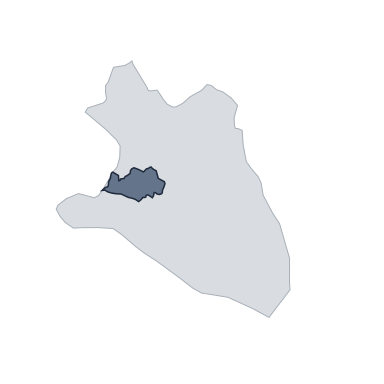 location of Kayanza within Burundi, rotated 306°
{"feature_id": "BDI-2640", "entity_name": "Kayanza", "entity_type": "Province", "adm_level": 1, "iso_a3": "BDI", "parent_name": "Burundi", "parent_adm1": "", "projection": "natural_earth1", "projection_center": [29.667, -2.994], "detail": "fine", "context": "in_parent", "style": "filled", "palette": "slate", "viewbox_px": 384, "rotation_deg": 306, "n_neighbors": 0, "source": "natural_earth", "source_scale": "10m", "svg_char_len": 1910}
<svg xmlns="http://www.w3.org/2000/svg" viewBox="0 0 384 384"><g transform="rotate(306 192 192)"><path d="M262.7,66.3L260.5,69.6L250.4,93.6L248.4,97.1L249.6,99.3L253.9,103.9L251.3,111.4L250.3,113.4L248.4,120.4L249.5,126.9L251.9,129.3L258.4,132.4L268.3,134.6L279.9,140.0L287.7,141.0L289.5,144.8L289.2,151.8L291.1,157.8L291.1,168.5L288.8,178.0L276.8,182.4L270.7,187.3L269.0,189.7L270.5,192.5L271.3,196.4L260.1,205.8L248.5,218.1L245.7,226.4L243.4,236.2L240.0,242.5L231.2,251.5L222.3,269.7L217.8,281.5L195.8,309.8L176.2,324.0L170.5,328.8L135.8,328.0L133.2,308.9L127.9,282.8L115.9,259.2L114.7,249.4L115.2,230.4L115.3,203.6L114.5,189.3L114.7,178.8L116.2,160.6L116.1,149.7L108.2,137.2L98.4,123.9L93.1,117.3L92.9,112.0L92.9,107.2L94.5,100.1L98.3,92.2L102.6,91.3L113.1,94.4L124.1,101.2L129.9,116.3L134.4,118.5L142.5,118.4L163.2,116.4L168.3,116.7L177.7,113.1L187.1,106.7L189.8,100.1L192.0,85.3L193.9,58.6L198.7,58.3L211.8,67.8L214.6,68.4L217.3,68.1L221.9,63.4L227.4,59.5L231.5,59.6L246.7,55.2L254.8,63.2L260.0,65.7L262.7,66.3Z" fill="#d9dde1" stroke="#a8b0b8" stroke-width="1"/><path d="M159.6,115.8L160.4,115.8L161.6,116.3L161.6,117.1L162.1,122.8L158.1,126.2L159.4,127.0L160.6,126.6L163.0,129.1L164.3,128.9L165.6,128.9L166.8,129.8L170.8,131.0L173.0,129.7L175.2,129.6L177.5,130.8L178.7,135.1L179.8,141.0L183.8,141.5L185.3,142.7L187.0,143.3L188.2,144.2L187.8,145.9L187.7,148.2L188.2,150.4L183.2,156.7L184.1,163.6L182.9,165.2L181.2,165.8L178.6,166.6L175.9,167.1L174.6,168.1L172.9,168.5L170.9,167.2L169.8,164.9L170.0,163.0L169.3,161.7L166.6,163.0L164.1,163.3L163.8,158.1L162.4,156.9L160.7,157.6L159.6,156.8L158.6,155.4L155.9,155.3L152.9,154.5L152.7,150.2L151.3,146.0L150.2,143.7L148.7,135.9L145.9,131.5L144.0,127.8L142.6,123.9L142.3,120.3L140.4,118.3L144.4,119.1L146.9,120.8L149.0,120.0L151.1,118.5L153.5,118.1L154.6,118.1L155.5,117.7L156.3,117.2L159.6,115.8Z" fill="#64748b" stroke="#1e293b" stroke-width="1.5"/></g></svg>